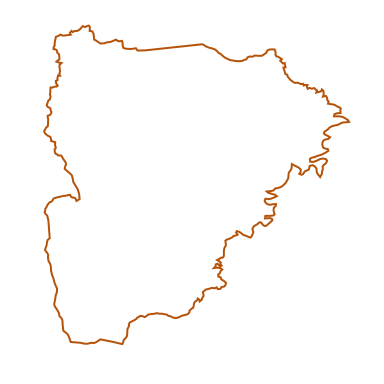 the district of Planalto da Serra, Mato Grosso, Brazil, rotated 94°
{"feature_id": "56859067B32925351179449", "entity_name": "Planalto da Serra", "entity_type": "district", "adm_level": 2, "iso_a3": "BRA", "parent_name": "Brazil", "parent_adm1": "Mato Grosso", "projection": "robinson", "projection_center": [-54.674, -14.541], "detail": "fine", "context": "isolated", "style": "outline", "palette": "amber", "viewbox_px": 384, "rotation_deg": 94, "n_neighbors": 0, "source": "geoboundaries", "source_scale": "gbopen_adm2", "svg_char_len": 5905}
<svg xmlns="http://www.w3.org/2000/svg" viewBox="0 0 384 384"><g transform="rotate(94 192 192)"><path d="M250.0,332.7L252.6,333.2L255.0,333.3L260.1,334.6L263.3,331.9L265.1,331.0L267.1,331.2L268.7,330.8L270.6,330.4L274.1,328.2L277.0,327.5L280.4,327.1L285.1,325.6L287.3,324.4L292.4,322.7L294.8,321.5L297.6,319.9L300.6,319.8L302.8,320.1L304.3,320.7L308.6,321.0L312.6,321.6L314.5,321.5L316.8,320.0L318.8,318.4L321.7,316.5L325.1,315.5L326.8,313.6L328.1,312.7L329.8,312.2L333.3,311.8L339.3,310.7L342.3,306.4L344.6,304.9L350.1,302.5L350.2,292.8L350.8,288.5L350.7,285.9L350.1,283.9L349.4,282.0L349.6,279.8L348.9,277.8L347.7,276.0L345.4,273.2L346.9,261.2L348.6,250.9L347.1,250.3L344.3,249.7L341.8,247.6L340.3,246.9L338.8,246.7L333.6,246.9L330.0,245.5L328.2,245.8L326.4,244.8L323.5,240.0L322.5,238.7L321.0,237.7L320.3,236.2L319.2,235.0L319.3,232.6L320.1,230.6L318.8,228.6L317.4,227.3L316.7,224.7L316.2,221.5L315.3,218.6L315.7,216.1L315.5,213.2L315.9,211.0L316.0,208.7L317.3,206.8L317.5,204.6L318.7,202.0L318.8,198.9L317.7,195.8L316.3,193.9L314.2,187.7L312.2,186.2L310.6,186.2L308.7,184.5L307.2,182.7L304.9,182.3L302.4,182.1L301.0,181.0L299.3,179.0L297.9,178.8L299.1,176.9L300.6,176.7L299.0,174.9L297.0,174.4L294.7,173.2L293.3,173.5L291.1,174.2L288.2,171.2L287.7,169.1L286.2,165.3L286.5,162.6L285.4,160.8L287.1,159.5L286.6,156.8L284.7,155.9L284.1,153.4L283.0,152.3L280.3,151.7L278.4,154.1L277.1,156.7L275.1,157.5L274.6,159.8L272.5,160.1L271.3,158.7L268.6,157.8L267.2,156.4L265.9,158.4L265.7,161.6L266.3,164.8L264.4,163.3L262.5,163.2L261.7,161.5L263.0,160.2L264.1,158.7L263.3,157.3L261.8,158.7L260.3,158.4L259.2,159.9L258.1,162.2L256.7,159.9L255.6,158.6L255.3,156.8L253.9,155.8L247.3,156.1L245.2,155.6L243.0,154.5L240.7,154.7L238.5,155.4L237.2,154.3L236.6,152.6L235.4,150.3L234.4,148.6L232.9,147.5L232.4,145.4L231.4,143.5L229.3,145.2L227.9,144.6L228.4,142.3L229.3,140.4L231.1,138.1L232.2,134.3L233.0,132.2L233.4,130.5L231.6,129.2L227.8,128.0L224.7,129.2L221.8,127.9L219.3,124.2L217.6,122.8L217.6,121.0L220.2,118.6L220.9,116.7L220.2,115.2L214.6,109.8L213.1,110.5L212.6,112.2L213.3,117.3L210.7,117.1L210.3,112.0L209.6,108.9L208.3,108.0L205.9,109.1L204.0,109.4L201.9,109.2L200.0,107.5L198.2,107.4L198.6,110.8L199.2,112.6L199.2,114.6L198.7,116.3L197.6,117.7L195.9,118.9L193.6,118.3L193.8,115.0L193.2,112.8L191.8,109.8L190.3,107.1L188.8,109.1L188.6,111.4L188.1,113.0L187.5,115.8L186.3,117.4L185.4,112.6L184.7,110.8L182.6,109.2L182.3,107.4L180.9,103.7L178.8,101.3L176.7,99.4L173.4,97.7L171.3,96.9L167.4,96.9L165.8,96.7L162.5,94.6L160.8,94.3L157.2,94.3L160.1,87.6L161.0,86.2L162.2,85.0L164.6,85.1L166.4,86.2L167.2,83.9L166.2,82.4L163.6,80.9L161.4,77.0L157.8,76.4L156.8,73.6L157.9,71.3L159.9,69.4L162.7,69.1L164.4,68.5L165.7,67.5L168.1,65.2L164.7,63.7L162.7,63.8L160.7,63.1L157.2,63.4L155.7,62.3L153.8,60.3L151.5,59.4L150.0,60.5L149.4,63.3L150.1,66.4L152.3,70.1L153.6,73.3L153.5,76.2L150.8,76.7L149.5,75.0L148.6,72.2L146.9,68.6L146.1,66.2L145.2,64.4L143.4,61.5L141.3,58.8L139.7,59.5L139.3,62.7L138.4,64.4L135.3,65.4L132.8,65.1L131.2,64.2L130.3,62.5L129.5,59.7L127.7,58.1L126.3,61.0L125.6,63.1L124.3,64.5L122.7,64.1L120.2,61.0L118.0,59.1L116.7,57.1L115.8,54.8L115.0,51.6L113.9,49.5L112.9,48.1L112.2,46.6L111.2,40.2L109.6,41.2L108.3,43.3L106.5,47.1L106.3,50.7L106.6,55.6L104.5,55.3L103.4,53.0L102.8,49.3L100.4,49.7L98.3,49.4L97.3,50.8L96.5,53.2L95.0,56.0L94.4,62.5L92.1,62.0L91.1,63.4L88.5,63.8L86.8,65.2L87.7,68.0L85.1,67.4L81.9,68.0L80.6,69.6L82.5,70.2L84.2,75.0L81.8,74.4L80.8,76.3L79.8,77.4L80.6,79.6L80.0,82.2L81.0,83.7L78.8,84.8L77.3,84.2L77.1,86.0L78.0,88.0L76.3,88.7L76.7,90.8L75.6,94.4L76.0,96.3L75.5,98.3L74.2,100.1L73.3,101.7L70.0,104.8L68.4,105.1L67.7,107.2L64.9,108.1L63.4,108.8L61.5,109.5L61.1,107.4L58.6,108.2L56.9,108.5L57.5,110.2L54.9,113.1L53.2,111.6L51.0,115.6L50.8,117.3L49.1,118.4L47.1,118.2L44.1,119.4L44.1,121.9L44.4,124.4L45.6,126.7L47.9,127.6L49.2,129.1L51.2,131.7L51.5,134.9L51.5,139.0L52.8,140.9L52.8,143.8L53.8,146.0L55.9,147.0L56.4,148.6L57.8,151.4L58.2,154.5L58.4,157.0L58.0,160.1L57.8,162.9L56.1,167.6L55.2,169.2L53.6,171.5L52.3,173.0L51.4,175.2L49.6,176.9L48.2,179.0L47.4,181.9L46.8,185.2L45.6,188.7L44.0,191.4L44.1,193.1L54.0,248.7L54.7,256.2L52.5,258.0L53.6,262.6L53.7,268.2L53.0,270.5L50.4,271.5L47.9,271.6L46.1,272.4L46.7,274.7L46.5,276.7L45.3,278.3L46.3,280.4L47.8,283.2L48.7,287.5L49.9,290.1L50.2,293.8L47.4,298.7L46.7,300.3L45.1,300.4L43.0,300.9L41.1,301.2L38.7,302.6L38.5,305.3L34.5,305.4L33.2,306.5L33.7,308.1L34.9,310.1L34.2,312.7L36.1,314.0L37.9,315.6L39.3,317.7L39.7,320.7L40.8,322.0L39.7,323.5L41.9,324.9L43.5,323.9L44.6,329.0L45.0,332.1L44.1,334.2L45.5,335.9L46.7,338.6L51.0,339.2L53.5,339.4L55.6,339.2L57.0,340.1L59.1,340.1L59.2,338.2L60.2,336.7L62.6,336.0L63.9,334.3L67.5,333.6L69.0,333.6L70.3,335.2L71.4,336.3L72.1,334.1L72.5,331.2L74.3,332.9L76.2,333.1L78.4,332.5L81.0,332.1L83.6,332.6L85.2,331.7L85.2,333.8L87.3,334.1L89.8,334.0L90.6,335.6L93.1,335.1L95.3,333.4L96.3,334.5L96.5,336.6L97.5,338.1L97.5,340.3L99.3,340.5L101.7,340.3L104.9,340.5L106.4,339.7L109.7,340.3L110.8,341.7L115.8,343.0L117.3,341.7L118.3,339.2L120.4,338.7L122.1,337.8L123.7,338.1L125.3,339.4L126.0,341.3L128.0,341.1L129.6,340.5L136.4,340.4L138.2,342.2L140.2,343.0L141.5,343.8L143.4,343.0L144.5,341.8L145.9,339.8L146.9,337.2L149.0,336.3L150.9,336.1L151.9,331.9L154.2,332.0L155.6,331.6L157.5,330.9L159.1,332.0L161.5,331.7L163.2,330.9L163.9,329.2L164.9,328.0L164.7,325.1L166.3,323.8L168.0,322.8L171.2,320.1L173.3,319.6L175.3,320.3L177.8,320.6L183.3,313.3L185.2,312.5L188.5,311.5L190.3,311.1L197.2,306.2L202.1,304.4L206.9,303.6L209.0,306.6L207.3,307.4L205.9,308.7L205.9,310.8L205.0,312.5L203.4,313.4L203.9,315.9L204.6,317.7L204.7,319.6L205.5,321.8L206.3,324.8L207.2,327.4L208.1,329.6L209.9,330.4L211.3,331.4L212.4,333.5L214.4,334.9L215.8,335.6L217.3,336.1L219.0,337.2L221.1,337.2L222.6,337.6L224.3,336.4L225.6,334.8L230.4,333.3L248.0,330.7L250.0,332.7Z" fill="none" stroke="#b45309" stroke-width="2"/></g></svg>